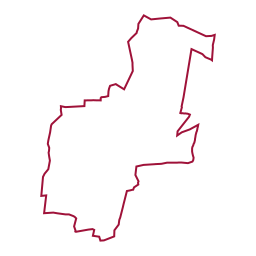 Mayapán, Yucatán, Mexico (Natural Earth projection)
{"feature_id": "50627088B30378888459240", "entity_name": "Mayapán", "entity_type": "district", "adm_level": 2, "iso_a3": "MEX", "parent_name": "Mexico", "parent_adm1": "Yucatán", "projection": "natural_earth1", "projection_center": [-89.174, 20.492], "detail": "fine", "context": "isolated", "style": "outline", "palette": "rose", "viewbox_px": 256, "rotation_deg": 0, "n_neighbors": 0, "source": "geoboundaries", "source_scale": "gbopen_adm2", "svg_char_len": 2232}
<svg xmlns="http://www.w3.org/2000/svg" viewBox="0 0 256 256"><path d="M183.4,25.8L178.7,25.7L177.3,22.1L170.4,17.6L160.1,18.5L151.1,19.4L143.8,15.4L138.4,23.9L138.1,28.5L136.9,31.6L136.6,33.0L131.2,38.2L128.1,41.8L132.0,60.0L132.1,60.6L132.5,62.7L132.5,64.9L132.8,71.0L124.1,89.3L115.7,84.1L110.1,85.8L109.6,87.1L109.0,88.8L108.5,91.2L108.2,96.1L105.0,96.9L101.4,97.2L100.7,98.1L100.7,100.4L98.1,100.3L96.9,100.3L95.7,100.3L93.3,100.2L91.7,100.3L84.7,100.4L84.4,106.1L67.7,107.0L65.3,107.1L60.9,106.2L61.0,108.1L60.8,109.9L61.0,111.2L61.6,114.9L51.7,124.2L51.1,125.6L50.1,132.4L48.3,140.6L47.8,143.9L49.2,147.7L49.2,148.3L49.0,151.0L48.6,152.6L49.2,156.7L49.9,160.6L48.3,169.2L44.6,173.7L43.0,176.9L41.3,195.9L46.2,195.4L44.1,213.2L53.3,212.6L57.4,213.3L65.5,214.4L69.0,214.4L73.4,216.1L74.6,216.8L76.2,218.4L74.1,226.4L75.5,230.5L75.3,231.5L75.9,231.8L88.3,229.6L92.5,229.1L94.2,229.9L92.9,235.8L99.2,236.7L100.4,240.6L103.9,240.4L114.2,236.4L114.4,230.3L118.7,224.6L119.2,220.6L119.4,219.6L120.2,217.6L122.8,207.4L123.7,203.6L124.5,200.5L126.9,191.0L127.5,190.9L130.0,190.4L132.8,189.7L133.2,189.7L134.0,187.4L138.3,184.5L138.0,182.8L138.5,181.3L135.4,175.0L136.4,166.5L143.6,164.9L146.8,164.7L154.7,164.2L155.7,164.1L159.9,163.9L161.5,163.8L166.9,162.7L169.1,162.7L171.3,162.7L176.7,162.7L179.1,162.5L181.1,162.5L187.5,163.1L188.1,163.1L192.4,161.6L193.0,160.6L193.2,160.2L193.3,159.7L193.6,157.7L193.3,156.7L192.9,155.4L192.7,154.5L192.4,153.2L192.1,151.5L192.1,150.9L192.1,148.6L192.2,147.9L192.5,146.7L193.1,145.7L193.5,144.4L193.8,143.5L194.3,142.8L194.4,142.4L194.6,141.5L194.8,140.7L195.0,139.8L195.0,139.1L195.3,137.5L195.5,136.2L195.6,135.4L195.9,134.0L196.1,133.5L196.3,132.4L196.8,131.3L197.1,130.1L197.3,129.4L197.4,128.4L197.8,127.0L198.2,124.8L189.8,129.4L181.8,132.3L177.2,135.5L177.6,131.3L189.1,116.7L189.9,114.6L189.4,114.4L188.5,114.0L187.1,113.6L186.4,113.6L185.5,113.4L184.5,113.5L183.5,113.4L183.0,113.3L182.4,113.2L181.2,113.3L180.3,113.0L180.7,111.6L181.9,107.2L181.6,106.5L183.5,97.4L191.5,49.1L202.4,54.1L205.4,57.2L208.9,58.7L210.6,59.4L211.1,59.6L212.0,60.3L212.2,57.0L212.9,47.7L212.8,45.1L214.1,39.6L214.7,34.9L211.5,35.9L206.0,36.2L183.4,25.8Z" fill="none" stroke="#9f1239" stroke-width="2"/></svg>